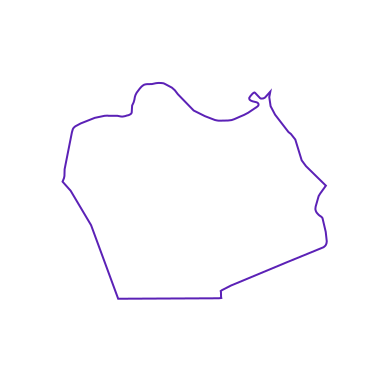 Ar Raqqah, Robinson projection, rotated 55°
{"feature_id": "SYR-136", "entity_name": "Ar Raqqah", "entity_type": "Province", "adm_level": 1, "iso_a3": "SYR", "parent_name": "Syria", "parent_adm1": "", "projection": "robinson", "projection_center": [38.68, 35.997], "detail": "fine", "context": "isolated", "style": "outline", "palette": "violet", "viewbox_px": 384, "rotation_deg": 55, "n_neighbors": 0, "source": "natural_earth", "source_scale": "10m", "svg_char_len": 1729}
<svg xmlns="http://www.w3.org/2000/svg" viewBox="0 0 384 384"><g transform="rotate(55 192 192)"><path d="M229.0,84.0L236.3,83.8L263.6,78.7L266.8,87.9L268.0,90.6L274.9,99.1L276.7,100.7L277.8,101.2L279.2,101.6L280.6,101.7L283.1,101.4L284.3,101.1L286.4,100.3L286.9,100.2L287.5,100.1L288.2,100.1L288.8,100.3L301.3,105.3L309.7,109.9L311.2,111.3L312.1,112.7L312.3,113.2L312.5,113.8L312.7,115.9L304.0,154.4L291.0,213.6L289.6,223.6L289.6,225.3L290.6,225.7L294.5,228.3L295.6,228.8L294.5,230.9L237.1,313.7L161.3,293.7L121.4,290.7L109.3,292.1L107.2,288.9L105.7,287.3L100.3,283.3L74.2,256.1L72.2,253.6L71.9,253.0L71.6,252.3L71.4,251.2L71.3,250.4L71.3,249.6L72.0,243.8L75.5,229.1L79.4,220.0L80.6,218.0L81.2,217.1L81.6,216.8L86.8,209.4L89.5,206.8L90.2,205.9L90.5,205.4L91.5,203.2L92.1,201.2L92.3,200.8L92.6,200.1L92.8,199.3L93.0,197.6L92.8,196.6L92.3,195.8L86.9,191.5L86.8,191.4L85.1,188.4L83.3,186.2L81.4,184.3L80.1,182.6L78.9,180.3L77.3,175.4L76.7,172.8L76.6,170.8L76.7,169.6L77.1,168.5L77.6,167.4L80.6,162.9L82.2,159.1L83.5,156.8L85.0,154.8L86.4,153.2L87.2,152.6L89.5,151.4L95.0,148.6L98.8,147.7L103.8,147.5L126.2,143.9L137.3,137.9L146.2,131.9L147.8,130.4L149.0,129.1L154.1,121.5L155.8,118.3L156.6,115.5L157.7,110.0L157.7,109.9L158.7,105.2L159.3,100.6L159.5,89.6L159.4,89.0L159.3,88.4L159.1,87.9L158.7,87.5L158.3,87.2L157.7,87.0L157.2,87.0L156.6,87.1L155.6,87.6L152.4,90.4L151.0,91.3L149.9,91.7L149.3,91.8L148.8,91.7L148.3,91.5L147.8,91.2L147.4,90.3L146.9,89.0L146.2,86.1L146.1,84.7L146.3,83.8L146.8,83.5L147.3,83.4L154.1,82.4L154.8,82.1L155.4,81.4L156.2,80.0L156.4,79.0L156.5,78.2L156.4,77.6L154.7,70.3L158.6,74.3L166.8,78.4L176.3,79.6L198.2,78.6L201.2,77.7L208.3,77.3L229.0,84.0Z" fill="none" stroke="#5b21b6" stroke-width="2"/></g></svg>